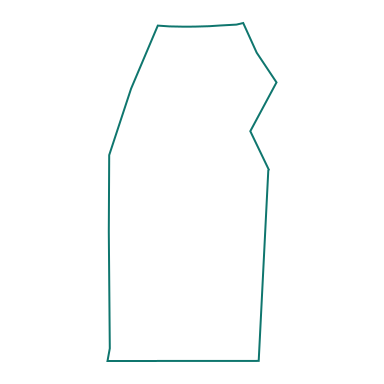 the district of El Arish 4, Shamal Sina', Egypt
{"feature_id": "37247803B14702199074319", "entity_name": "El Arish 4", "entity_type": "district", "adm_level": 2, "iso_a3": "EGY", "parent_name": "Egypt", "parent_adm1": "Shamal Sina'", "projection": "albers", "projection_center": [33.619, 30.865], "detail": "fine", "context": "isolated", "style": "outline", "palette": "teal", "viewbox_px": 384, "rotation_deg": 0, "n_neighbors": 0, "source": "geoboundaries", "source_scale": "gbopen_adm2", "svg_char_len": 356}
<svg xmlns="http://www.w3.org/2000/svg" viewBox="0 0 384 384"><path d="M258.7,360.9L268.3,170.3L268.8,169.7L250.3,131.2L276.5,82.4L256.7,52.7L243.2,23.0L236.5,24.6L220.0,25.5L209.3,26.2L195.1,26.6L184.8,26.7L169.4,26.4L157.8,25.6L131.1,88.6L109.2,155.1L108.8,231.7L109.8,348.4L107.5,361.0L258.7,360.9Z" fill="none" stroke="#0f766e" stroke-width="2"/></svg>